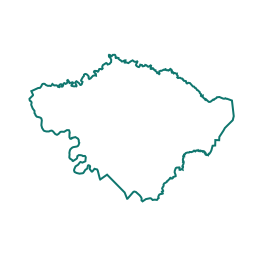 outline of Santiago Minas, Oaxaca, Mexico, rotated 10°
{"feature_id": "50627088B26414808863062", "entity_name": "Santiago Minas", "entity_type": "district", "adm_level": 2, "iso_a3": "MEX", "parent_name": "Mexico", "parent_adm1": "Oaxaca", "projection": "natural_earth1", "projection_center": [-97.263, 16.434], "detail": "fine", "context": "isolated", "style": "outline", "palette": "teal", "viewbox_px": 256, "rotation_deg": 10, "n_neighbors": 0, "source": "geoboundaries", "source_scale": "gbopen_adm2", "svg_char_len": 5695}
<svg xmlns="http://www.w3.org/2000/svg" viewBox="0 0 256 256"><g transform="rotate(10 128 128)"><path d="M26.4,108.5L28.7,111.8L28.7,112.4L25.9,116.3L26.2,117.5L27.0,118.4L28.0,118.7L28.4,119.2L28.7,119.9L28.6,121.6L28.8,122.2L30.8,125.4L32.9,127.3L33.4,129.7L34.4,130.7L34.8,131.6L36.2,132.7L39.3,132.9L40.5,133.3L41.0,133.7L41.8,135.4L42.2,140.3L43.4,142.9L45.4,145.1L46.1,145.4L48.3,145.6L50.8,145.1L51.9,144.3L53.4,143.8L54.8,144.4L57.3,146.5L58.9,147.0L59.5,146.9L60.6,145.9L62.1,143.6L62.8,143.3L65.8,142.8L68.2,140.7L70.2,140.4L70.7,141.0L71.5,143.0L71.3,143.4L71.9,147.2L72.9,148.5L73.7,148.6L74.8,147.7L74.7,147.4L77.8,146.1L80.6,147.2L81.6,148.5L82.0,150.3L82.6,151.0L82.3,153.2L81.9,154.2L81.2,154.9L80.1,155.4L77.3,156.4L76.2,157.3L74.9,159.1L74.6,160.6L74.6,162.8L75.0,164.0L75.3,167.1L76.0,168.1L78.7,169.3L79.1,170.0L79.6,170.1L82.7,167.2L83.1,166.4L83.0,164.6L84.2,163.3L85.7,163.0L87.4,163.0L88.6,163.5L89.7,163.1L90.6,163.1L91.5,164.2L91.8,168.2L89.1,170.0L87.1,169.7L86.6,170.2L85.2,172.9L83.0,174.9L82.2,178.1L82.3,179.4L83.1,180.6L85.1,181.2L88.1,181.4L91.3,180.4L91.8,180.0L92.2,179.2L93.3,176.5L94.5,175.5L94.9,174.8L95.1,171.9L95.7,171.5L96.9,171.8L97.4,172.7L97.3,174.5L97.5,175.1L99.7,177.2L100.2,177.2L100.7,176.6L102.1,174.0L104.8,174.2L105.6,175.2L109.0,182.7L109.6,183.5L115.5,177.6L135.9,192.1L139.4,197.8L139.8,197.7L144.4,190.0L145.2,189.5L146.8,189.6L151.2,192.3L152.9,193.9L153.6,194.9L153.9,197.0L155.1,197.7L158.0,194.9L162.0,193.3L163.0,193.4L164.7,194.6L166.8,193.9L169.0,193.8L169.3,193.5L169.7,192.3L170.4,191.6L169.8,190.7L169.8,190.3L170.1,188.8L170.6,187.9L171.3,187.6L171.8,187.1L172.7,187.1L173.6,186.5L172.5,184.8L173.4,184.4L173.6,183.9L172.1,181.6L172.5,180.1L172.9,179.7L173.1,178.5L172.8,177.6L173.2,176.4L175.5,174.5L175.6,173.7L176.4,173.0L177.2,171.6L177.9,171.1L178.2,169.8L178.7,169.6L179.7,170.2L180.3,170.1L180.9,169.4L181.2,168.7L181.1,168.4L183.3,167.2L183.1,166.1L181.6,163.5L181.5,162.0L182.0,159.3L182.7,158.6L185.4,157.9L185.6,158.0L185.6,159.0L186.0,160.2L186.8,160.1L187.0,159.6L188.1,159.3L189.0,159.5L188.5,158.2L189.0,157.5L188.9,156.5L188.2,156.1L188.8,153.9L188.7,152.8L188.9,152.6L188.8,152.1L188.3,152.3L188.0,152.1L188.1,150.6L187.6,150.1L187.5,148.8L187.8,147.8L187.2,146.3L187.4,145.8L188.2,145.9L187.8,144.4L188.3,143.9L188.6,144.0L189.2,142.7L190.6,141.9L192.3,141.6L192.8,140.9L194.8,140.7L196.4,139.6L197.0,138.8L198.3,139.4L199.1,138.3L199.4,138.4L200.4,138.0L200.8,138.2L201.0,137.7L202.1,138.4L202.5,137.9L203.0,137.8L203.5,138.1L203.7,137.7L204.9,138.0L205.3,137.8L205.7,138.2L206.2,137.7L206.6,137.8L206.6,138.2L207.3,137.9L208.3,138.8L207.9,138.9L207.9,139.4L208.5,139.8L208.9,140.6L209.3,140.8L209.6,140.6L210.3,141.0L210.9,140.9L211.3,140.4L211.7,140.7L212.1,139.3L212.6,139.3L213.4,137.6L214.0,135.6L214.4,130.8L216.9,130.1L216.1,124.7L219.9,124.2L219.5,120.9L222.5,113.9L223.4,111.2L229.8,102.1L230.1,98.0L225.6,82.9L220.4,82.0L219.7,82.2L218.8,81.8L217.6,82.5L216.5,82.5L212.6,81.6L210.2,82.3L209.8,83.2L208.2,84.5L207.6,85.4L207.0,85.2L204.9,87.6L204.1,88.1L202.9,88.2L199.8,86.2L199.6,86.9L199.0,86.7L198.7,86.0L197.7,85.6L196.2,84.5L196.0,83.0L195.8,83.1L195.5,84.0L195.0,84.1L194.2,83.7L194.1,82.1L192.6,81.0L192.4,80.2L190.0,78.6L189.4,78.6L187.9,77.0L187.0,76.9L185.9,75.8L184.7,75.8L181.2,73.0L179.4,73.0L178.7,73.8L178.3,73.9L177.5,73.3L176.9,71.8L175.5,71.7L175.1,71.9L173.9,71.1L173.9,70.7L172.9,69.9L172.1,70.1L170.8,69.5L170.2,69.6L168.5,70.1L167.7,69.6L168.0,68.8L168.0,68.3L167.8,67.8L166.9,67.1L166.7,66.6L166.7,66.0L166.4,66.1L164.4,65.7L163.6,66.3L162.9,65.4L162.1,65.9L161.7,65.9L161.1,64.8L161.4,64.2L161.2,63.7L160.5,62.9L160.1,63.0L159.4,62.5L159.2,62.7L158.9,63.8L158.1,63.9L157.7,64.4L157.1,64.1L156.5,64.4L155.3,64.3L154.8,63.5L154.6,63.5L154.4,64.2L153.5,64.5L153.0,64.4L151.1,65.9L150.3,65.9L149.0,66.7L148.9,67.5L149.6,69.1L149.3,69.5L148.3,68.8L147.2,68.9L146.7,67.8L145.3,67.2L144.8,66.8L144.8,66.4L144.4,66.5L143.5,66.1L143.0,65.7L143.0,65.4L142.2,64.8L141.4,64.9L141.1,65.7L140.1,65.8L139.8,65.0L139.9,62.6L139.4,62.4L137.5,64.1L136.8,64.1L135.2,63.0L134.8,63.1L134.0,62.9L133.6,63.9L131.9,64.7L131.5,64.6L130.9,63.6L129.1,63.5L128.8,65.1L128.2,66.1L127.5,66.1L125.8,65.5L124.9,64.6L125.2,62.7L125.6,62.1L125.7,61.0L125.4,60.8L125.0,61.4L122.8,61.6L120.8,60.6L119.1,61.9L117.1,64.0L114.7,63.7L113.7,64.2L113.3,64.1L113.2,63.6L113.9,62.5L113.8,61.8L113.0,62.0L111.3,63.2L110.4,63.6L109.0,62.6L108.4,62.5L106.5,61.4L106.2,61.1L106.3,60.7L104.9,60.6L104.2,61.2L103.8,61.2L103.5,60.6L103.6,60.0L102.7,58.4L102.3,58.2L100.4,58.6L99.4,60.2L98.8,60.2L98.0,59.4L96.7,59.2L96.5,59.5L96.9,61.1L98.4,61.8L98.6,62.4L99.6,63.6L99.9,66.1L99.3,66.9L98.9,67.8L98.2,68.4L96.9,69.0L96.1,68.1L95.2,67.8L92.4,70.4L92.2,70.9L92.0,72.3L92.3,73.2L92.7,73.7L92.4,74.4L91.9,74.8L90.6,74.6L89.5,74.9L88.9,77.5L88.3,77.8L87.6,77.3L86.3,77.4L85.4,77.5L84.8,78.0L84.7,78.7L87.0,80.4L87.4,82.0L86.1,81.9L84.4,82.7L82.5,85.7L81.3,86.5L80.5,85.6L80.3,84.0L78.6,82.6L77.0,82.1L76.0,82.5L75.4,83.2L75.5,84.6L74.7,85.7L73.5,89.2L73.8,89.8L75.2,90.5L74.8,93.0L74.1,93.8L73.6,93.9L72.2,92.5L69.2,90.9L68.7,91.3L68.1,92.6L69.9,95.0L70.0,95.7L69.8,96.0L69.1,95.9L67.7,96.4L65.3,96.3L64.9,96.1L64.8,95.6L66.2,93.2L65.5,92.6L62.6,93.9L61.6,92.3L60.4,91.2L60.0,91.5L59.9,92.0L60.4,92.4L60.5,92.9L59.9,94.7L58.8,95.4L57.7,94.8L57.0,95.2L56.7,95.7L56.7,97.5L56.3,98.5L55.9,98.7L55.1,97.1L54.5,96.5L53.8,96.7L53.0,97.5L52.7,98.4L53.7,99.2L53.3,99.7L51.9,99.6L51.3,98.8L50.7,98.5L49.9,98.4L48.0,98.9L45.9,97.8L45.2,99.5L44.4,100.1L43.2,100.0L41.9,100.4L39.9,100.0L38.4,99.1L37.5,99.0L36.2,99.5L35.6,100.7L35.6,101.2L35.1,102.5L34.3,103.8L32.6,104.2L26.4,108.5Z" fill="none" stroke="#0f766e" stroke-width="2"/></g></svg>